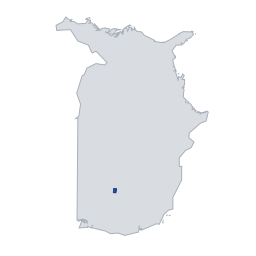 Lincoln, Idaho, United States of America (highlighted), rotated 274°
{"feature_id": "52423323B80872944248588", "entity_name": "Lincoln", "entity_type": "district", "adm_level": 2, "iso_a3": "USA", "parent_name": "United States of America", "parent_adm1": "Idaho", "projection": "orthographic", "projection_center": [-114.171, 42.982], "detail": "fine", "context": "in_parent", "style": "filled", "palette": "blue", "viewbox_px": 256, "rotation_deg": 274, "n_neighbors": 0, "source": "geoboundaries", "source_scale": "gbopen_adm2", "svg_char_len": 3847}
<svg xmlns="http://www.w3.org/2000/svg" viewBox="0 0 256 256"><g transform="rotate(274 128 128)"><path d="M211.2,72.0L222.1,63.7L220.4,50.0L225.4,49.1L229.5,55.6L234.4,58.3L231.2,62.8L231.7,64.2L230.2,63.1L230.6,66.5L228.3,70.5L229.5,78.7L232.9,80.3L234.0,79.1L233.0,78.1L233.8,78.4L234.6,79.7L231.3,83.1L229.8,82.0L230.5,84.4L226.3,87.6L224.1,92.3L223.8,90.6L223.0,89.7L223.7,94.0L225.0,94.1L226.1,97.4L225.5,102.8L221.9,101.7L222.3,98.3L221.3,101.0L223.2,103.5L225.0,104.5L225.9,106.2L225.6,114.5L224.8,109.8L220.8,107.2L220.6,102.2L218.7,104.8L222.1,110.5L219.0,109.8L218.3,110.4L218.2,108.1L218.0,107.6L217.8,109.5L218.2,110.8L222.8,111.3L222.5,112.8L220.0,111.5L219.2,111.5L222.3,113.0L223.4,113.1L223.5,114.9L221.9,114.2L224.5,115.7L224.2,116.2L222.9,115.5L220.5,116.1L224.1,116.9L225.9,115.9L229.8,120.6L226.6,117.1L228.2,119.7L224.6,120.8L228.1,122.4L229.0,120.9L228.5,124.3L224.9,125.0L227.4,125.4L226.2,127.5L228.5,127.4L225.1,129.9L224.7,135.0L221.6,137.8L217.2,148.6L216.1,148.1L215.6,156.3L215.8,158.1L218.5,162.9L228.0,176.2L228.3,185.1L225.8,186.8L222.0,183.6L220.6,180.2L215.7,177.5L216.5,175.1L214.6,176.0L214.0,170.2L208.0,166.5L201.4,170.5L199.3,167.8L192.3,170.0L192.9,168.4L192.0,170.1L188.9,171.8L188.3,169.3L188.2,171.2L178.5,174.8L182.9,174.8L182.0,177.5L185.7,178.7L184.3,180.4L180.1,178.6L180.4,181.0L175.2,181.4L171.9,179.3L170.5,181.2L162.8,180.9L159.1,185.1L160.0,184.0L157.5,183.7L157.0,188.0L152.9,191.6L153.8,190.6L150.8,190.8L152.0,192.0L148.8,194.4L148.0,199.1L146.3,198.8L147.9,199.7L148.7,203.7L150.4,205.8L149.5,206.9L140.5,205.5L137.8,199.9L127.3,189.4L122.6,189.4L118.6,194.8L112.7,192.3L109.7,187.0L101.8,181.2L93.3,181.8L93.5,184.3L79.8,185.1L61.9,177.6L50.3,178.4L48.8,174.0L44.1,169.8L34.2,165.9L34.4,162.9L27.0,148.5L27.4,147.1L28.9,149.0L28.1,146.0L31.6,146.0L25.0,145.8L20.6,132.3L22.5,125.6L21.4,117.7L23.6,112.9L26.0,98.7L29.0,99.4L25.7,98.3L27.1,94.6L26.0,94.5L24.9,86.2L31.9,88.4L30.1,92.5L32.7,89.7L32.2,93.2L30.3,93.9L31.6,94.2L33.1,92.9L33.9,89.3L32.4,83.6L134.3,77.3L133.8,75.2L136.6,78.2L148.6,79.0L159.0,74.4L176.9,78.6L178.4,80.8L184.8,82.7L190.0,91.5L189.3,100.6L191.9,102.4L202.4,90.7L200.4,87.4L201.3,86.3L207.9,82.7L211.2,72.0ZM228.3,88.3L230.1,86.7L224.2,93.0L228.7,87.0L228.3,88.3ZM32.6,87.1L33.4,89.4L33.3,89.8L32.1,87.9L32.6,87.1ZM150.2,205.2L148.6,201.8L148.4,199.8L148.8,201.9L150.2,205.2ZM231.8,62.8L232.3,63.8L231.9,63.8L231.8,62.8ZM172.2,180.3L172.5,181.1L171.6,180.6L172.2,180.3ZM37.9,169.7L39.1,169.3L37.9,169.7ZM36.7,169.3L36.2,169.8L35.9,169.3L36.7,169.3ZM233.1,82.2L232.9,83.2L232.7,83.1L233.1,82.2ZM148.8,197.8L148.4,199.5L149.5,196.1L148.8,197.8ZM225.1,171.7L226.9,174.3L224.8,171.5L225.1,171.7ZM43.7,172.8L44.2,173.7L43.6,172.8L43.7,172.8ZM228.9,185.4L228.3,186.8L229.1,184.1L228.9,185.4ZM230.8,122.4L230.5,124.0L230.0,120.8L230.8,122.4ZM31.8,85.1L31.8,85.8L31.4,85.4L31.8,85.1ZM152.2,192.6L150.6,193.7L152.2,192.4L152.2,192.6ZM235.1,81.3L235.4,82.1L234.8,82.3L235.1,81.3ZM43.6,175.3L43.9,176.4L43.4,175.4L43.6,175.3ZM150.3,194.4L149.7,195.0L150.2,194.2L150.3,194.4ZM226.2,107.7L226.0,109.7L226.0,107.0L226.2,107.7ZM158.7,186.0L157.8,186.9L159.1,185.4L158.7,186.0ZM216.0,157.0L216.2,158.4L215.8,157.5L216.0,157.0ZM228.9,127.5L228.7,127.9L229.2,126.5L228.9,127.5ZM203.8,169.3L202.8,170.4L202.3,170.4L203.8,169.3ZM188.4,171.7L188.2,172.0L187.5,172.2L188.4,171.7ZM219.4,180.8L219.7,181.6L219.1,180.7L219.4,180.8ZM185.7,174.5L185.7,175.4L185.3,174.0L185.7,174.5ZM226.8,188.7L226.2,189.1L227.0,188.4L226.8,188.7ZM226.2,98.1L226.1,99.1L226.1,97.7L226.2,98.1ZM229.9,124.6L229.7,125.1L229.9,124.6Z" fill="#d9dde1" stroke="#a8b0b8" stroke-width="1"/><path d="M62.8,118.2L62.8,120.2L63.7,120.2L63.7,120.3L63.8,120.3L65.0,120.4L65.0,120.6L65.5,120.6L66.2,120.6L66.2,120.2L66.4,120.2L66.4,118.2L63.7,118.2L62.8,118.2Z" fill="#3b82f6" stroke="#1e3a8a" stroke-width="1.5"/></g></svg>